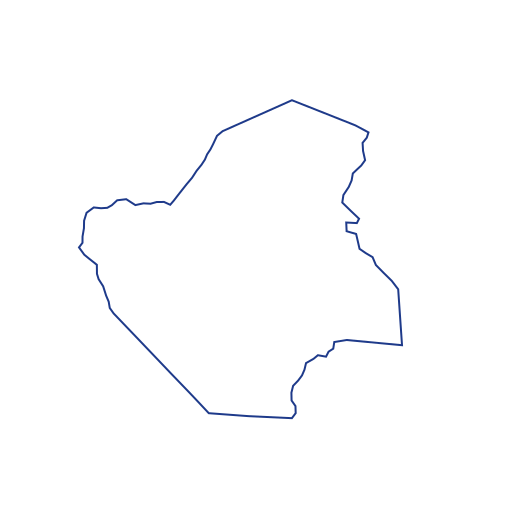 Nazarezinho, Paraíba, Brazil, rotated 117°
{"feature_id": "56859067B95822708783593", "entity_name": "Nazarezinho", "entity_type": "district", "adm_level": 2, "iso_a3": "BRA", "parent_name": "Brazil", "parent_adm1": "Paraíba", "projection": "equal_earth", "projection_center": [-38.331, -6.95], "detail": "fine", "context": "isolated", "style": "outline", "palette": "blue", "viewbox_px": 512, "rotation_deg": 117, "n_neighbors": 0, "source": "geoboundaries", "source_scale": "gbopen_adm2", "svg_char_len": 1302}
<svg xmlns="http://www.w3.org/2000/svg" viewBox="0 0 512 512"><g transform="rotate(117 256 256)"><path d="M371.8,356.8L389.0,307.6L399.1,278.9L408.2,252.6L412.4,240.8L417.5,226.7L402.1,190.0L384.2,150.4L378.0,149.3L371.8,152.7L368.6,158.7L361.7,162.4L354.8,164.0L347.9,161.9L341.5,160.8L335.3,161.2L328.7,162.8L321.4,158.0L316.3,155.8L313.9,147.9L308.3,147.9L303.5,145.1L297.1,147.2L289.7,137.1L269.2,85.4L221.1,114.2L216.5,123.8L213.1,134.6L209.6,145.1L204.1,151.6L203.6,159.6L202.6,167.0L197.1,171.6L190.9,176.8L192.8,186.5L185.2,190.8L180.9,181.1L176.0,181.1L172.7,192.2L169.2,203.4L162.0,205.8L152.4,204.7L145.3,205.1L138.5,207.2L132.5,205.1L127.6,203.3L121.1,202.3L113.8,208.3L106.8,212.4L100.3,211.0L94.8,211.9L94.5,226.7L96.1,244.0L100.9,294.7L159.9,342.4L166.6,345.3L175.9,345.0L181.8,345.0L187.6,345.7L193.3,345.3L199.5,346.0L207.0,347.6L215.4,348.5L223.5,350.4L231.0,351.9L237.6,353.2L244.0,354.4L249.3,355.7L249.6,362.5L253.0,369.0L257.3,373.7L260.2,380.2L265.4,386.6L264.3,397.4L269.4,405.0L276.2,407.5L280.6,410.4L283.8,415.8L286.4,422.6L294.4,426.6L302.6,425.2L309.4,421.9L317.4,419.4L323.0,416.6L328.7,417.6L332.8,409.6L334.2,403.2L336.1,393.8L344.1,389.6L348.1,385.7L352.4,378.4L359.3,371.6L363.6,366.5L368.7,362.7L371.8,356.8Z" fill="none" stroke="#1e3a8a" stroke-width="2"/></g></svg>